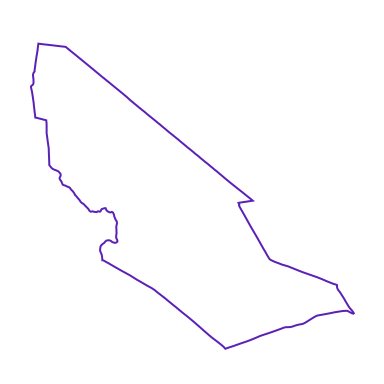 outline of Tan Hung, Long An, Vietnam, rotated 176°
{"feature_id": "81297802B65804618727956", "entity_name": "Tan Hung", "entity_type": "district", "adm_level": 2, "iso_a3": "VNM", "parent_name": "Vietnam", "parent_adm1": "Long An", "projection": "albers", "projection_center": [105.709, 10.817], "detail": "fine", "context": "isolated", "style": "outline", "palette": "violet", "viewbox_px": 384, "rotation_deg": 176, "n_neighbors": 0, "source": "geoboundaries", "source_scale": "gbopen_adm2", "svg_char_len": 5527}
<svg xmlns="http://www.w3.org/2000/svg" viewBox="0 0 384 384"><g transform="rotate(176 192 192)"><path d="M343.1,277.1L341.8,276.9L340.2,276.3L338.1,275.6L332.4,273.7L332.4,273.4L332.3,271.2L332.4,268.3L332.9,261.1L332.9,260.6L332.5,254.6L332.3,251.1L332.0,247.1L331.9,246.2L331.9,245.3L332.1,240.0L332.3,232.5L332.5,228.9L331.7,227.6L330.5,225.9L329.3,224.7L327.8,223.9L325.7,222.9L324.5,222.3L323.8,221.8L323.2,221.1L322.9,220.7L322.0,219.5L321.9,218.9L321.8,218.2L321.9,217.4L322.4,216.5L322.9,215.8L323.1,215.2L323.1,214.5L322.9,213.7L322.4,213.0L321.8,212.0L321.3,210.9L320.9,209.5L320.5,208.5L320.1,208.1L319.5,207.8L318.8,207.5L317.8,207.2L317.1,206.7L316.4,206.3L315.8,206.0L315.3,205.7L314.8,205.5L314.4,205.4L314.0,205.1L313.4,204.5L312.9,203.6L312.5,202.9L312.2,202.5L311.7,202.0L311.4,201.7L311.1,201.3L310.5,200.5L310.1,199.8L309.7,199.2L309.4,198.5L309.2,198.1L309.0,197.5L308.8,197.1L308.2,196.5L307.4,195.4L306.6,194.2L305.8,193.2L305.2,192.4L304.7,191.7L304.2,190.7L303.6,189.8L303.0,189.1L302.4,188.5L301.8,188.2L301.2,187.7L300.6,187.1L300.0,186.4L299.7,185.9L299.1,185.3L298.6,184.8L298.2,184.2L297.7,183.6L296.9,182.8L296.4,182.0L296.0,181.2L295.7,180.6L295.4,180.2L295.0,179.9L294.7,179.6L294.3,179.4L293.9,179.4L293.1,179.6L292.8,179.6L292.4,179.6L291.8,179.4L291.4,179.2L291.0,179.1L290.7,179.0L290.2,178.9L289.7,178.8L289.2,178.7L288.9,178.6L288.6,178.6L288.2,178.8L287.7,179.1L287.4,179.2L287.1,179.3L286.7,179.2L286.2,179.0L285.8,178.9L285.5,178.8L285.3,178.8L285.1,178.9L284.8,179.0L284.7,179.1L284.5,179.4L284.0,180.2L283.7,180.8L283.3,181.2L282.9,181.3L281.9,181.6L280.9,181.8L280.2,181.9L279.8,182.0L279.7,182.0L279.3,181.8L279.3,181.7L279.1,181.2L278.8,180.5L278.7,180.1L278.6,179.7L278.1,179.2L277.7,178.7L276.9,178.2L276.1,177.7L275.5,177.5L275.0,177.4L274.7,177.3L274.4,177.3L274.2,177.4L273.9,177.6L273.5,177.7L273.3,177.7L273.1,177.6L272.7,177.4L272.3,177.0L272.0,176.3L271.6,175.5L271.4,174.5L271.3,173.4L271.2,172.8L271.0,172.3L270.8,171.8L270.5,170.7L270.3,170.4L270.1,169.6L269.7,169.0L269.4,168.5L269.2,168.2L269.2,167.8L269.1,167.5L269.1,167.1L269.0,166.7L269.1,166.1L269.2,165.3L269.5,164.4L269.9,163.0L270.0,162.0L270.0,160.9L270.0,159.5L270.1,157.8L270.1,156.5L270.2,155.5L270.4,154.9L270.7,153.6L270.8,152.6L270.8,151.6L270.7,151.1L270.5,150.6L270.2,150.0L270.1,149.6L270.0,149.3L269.9,149.0L269.8,148.5L269.8,148.1L269.9,147.8L270.1,147.6L270.5,147.2L271.0,146.9L271.8,146.7L272.6,146.7L273.5,147.0L274.4,147.3L275.1,147.7L275.6,148.2L276.3,148.8L277.0,149.2L277.5,149.5L278.2,149.6L278.9,149.7L279.8,149.6L280.7,149.5L281.2,149.2L282.2,148.4L283.0,147.5L283.7,147.0L284.7,146.4L285.8,145.6L286.5,144.9L287.1,143.8L287.3,142.9L287.5,142.0L287.7,140.8L287.8,140.1L287.7,139.5L287.5,138.9L287.2,137.9L286.8,137.0L286.4,135.4L286.2,133.6L286.2,132.2L286.2,130.4L286.2,130.2L285.8,130.2L285.3,130.0L284.3,129.4L282.4,128.1L280.9,127.2L277.1,124.6L273.7,122.3L268.0,118.5L260.0,113.4L258.2,112.1L252.6,108.0L250.7,106.8L243.4,101.8L239.0,99.0L236.0,96.7L235.3,96.0L234.6,95.3L232.3,93.2L230.8,91.9L225.8,87.4L220.9,82.7L215.5,77.7L210.2,72.6L204.7,67.6L199.4,62.5L194.4,57.5L189.4,52.4L184.4,47.4L182.5,45.6L179.0,42.5L176.8,40.6L173.4,37.5L171.4,35.5L170.4,34.3L169.7,33.3L166.8,34.1L164.4,34.7L161.2,35.5L158.4,36.3L154.7,37.3L152.5,37.9L147.9,39.1L145.5,39.8L142.9,40.6L139.0,41.9L133.9,43.7L129.2,44.9L126.4,45.6L118.9,47.6L114.7,48.8L111.7,49.7L109.7,50.3L108.0,50.6L106.5,50.5L105.9,50.5L104.3,50.4L103.1,50.5L101.9,50.6L100.3,51.0L98.2,51.6L96.2,52.0L94.5,52.3L92.2,52.5L90.5,52.8L88.9,53.4L87.4,54.1L85.2,55.3L81.3,57.4L78.4,58.9L76.8,59.6L75.5,60.0L73.9,60.2L71.9,60.4L66.5,61.0L62.1,61.5L57.9,62.1L53.3,62.5L49.6,62.8L46.8,62.7L45.9,62.7L45.3,62.6L44.6,62.2L42.8,61.0L40.7,59.8L38.8,59.1L38.7,59.0L39.2,60.1L40.4,62.2L42.7,65.2L43.9,67.2L45.0,69.4L46.7,72.8L48.3,76.1L50.0,79.1L51.0,81.1L52.3,83.0L53.1,84.3L53.7,85.7L53.9,86.6L54.0,87.7L53.8,88.6L53.8,89.0L54.0,89.2L55.4,89.8L57.8,90.7L63.8,93.6L68.8,96.2L73.7,98.5L84.4,103.1L87.0,104.2L90.8,106.0L101.5,111.2L107.0,113.2L114.8,116.8L118.5,118.9L119.1,119.5L119.6,120.1L120.2,121.4L121.3,123.4L123.1,127.3L124.6,130.2L126.4,134.0L128.7,138.9L131.0,143.7L135.6,152.9L141.3,165.1L145.6,174.0L145.9,174.9L146.0,175.1L146.0,175.3L145.9,175.6L145.7,175.8L145.7,176.2L146.0,176.9L146.3,177.5L146.4,177.9L142.1,178.3L139.2,178.5L132.0,179.1L134.6,181.6L139.5,186.1L141.6,188.1L144.4,190.6L149.0,194.8L153.9,199.3L158.5,203.7L163.0,208.1L166.6,211.6L167.7,212.5L169.9,214.7L172.6,217.2L173.6,218.3L177.1,221.4L178.8,223.1L181.4,225.5L182.2,226.4L184.3,228.4L186.6,230.4L187.5,231.4L191.2,234.9L193.0,236.5L195.9,239.3L200.6,243.8L201.8,245.0L206.2,249.1L210.2,252.8L212.1,254.6L214.1,256.6L217.1,259.4L219.5,261.8L221.8,263.9L224.3,266.3L228.4,270.1L231.4,272.9L233.7,275.2L236.1,277.4L238.6,279.7L241.3,282.3L243.3,284.2L247.2,287.9L250.3,291.2L258.9,299.4L259.7,300.1L267.0,307.0L274.3,313.8L281.5,320.7L296.0,334.4L297.8,336.1L298.0,336.3L303.3,341.2L307.9,345.6L312.8,346.5L322.2,348.3L331.0,349.9L331.9,350.1L334.9,350.7L335.4,348.4L336.4,343.2L337.2,339.8L337.5,338.7L338.3,335.1L338.7,333.4L339.6,329.0L339.8,328.0L340.1,326.4L340.4,325.3L340.5,324.8L340.6,323.2L341.6,322.1L342.0,321.4L342.3,320.5L342.5,319.3L342.4,318.0L342.3,315.2L342.4,312.8L342.6,311.7L342.7,311.0L342.9,310.6L343.6,309.9L344.9,309.0L345.2,308.6L345.3,308.2L345.2,306.9L344.8,304.3L344.6,303.1L344.0,295.6L343.7,291.1L343.7,289.3L343.4,283.1L343.2,279.7L343.2,279.0L343.2,278.1L343.1,277.1Z" fill="none" stroke="#5b21b6" stroke-width="2"/></g></svg>